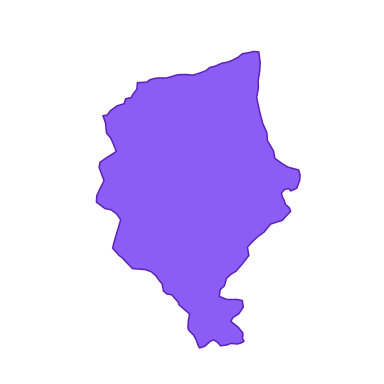 outline of Kivisili, Larnaca, Cyprus, rotated 12°
{"feature_id": "46923920B59918877113180", "entity_name": "Kivisili", "entity_type": "district", "adm_level": 2, "iso_a3": "CYP", "parent_name": "Cyprus", "parent_adm1": "Larnaca", "projection": "mercator", "projection_center": [33.515, 34.826], "detail": "fine", "context": "isolated", "style": "filled", "palette": "violet", "viewbox_px": 384, "rotation_deg": 12, "n_neighbors": 0, "source": "geoboundaries", "source_scale": "gbopen_adm2", "svg_char_len": 1859}
<svg xmlns="http://www.w3.org/2000/svg" viewBox="0 0 384 384"><g transform="rotate(12 192 192)"><path d="M228.2,41.1L227.9,41.2L223.1,41.7L219.0,43.7L212.5,46.3L209.4,50.3L204.0,54.8L199.8,57.6L194.4,59.8L188.5,64.1L183.5,66.5L180.3,70.5L174.5,74.2L168.7,77.5L161.7,78.3L153.7,80.2L149.9,82.3L143.3,85.8L135.9,87.3L131.5,88.8L127.3,91.1L125.0,93.9L115.9,96.4L116.7,102.9L113.7,109.1L113.0,112.2L107.7,114.6L107.2,119.8L100.9,123.2L95.3,129.4L93.0,134.4L89.1,135.9L93.2,142.8L96.1,152.1L101.2,156.1L104.5,160.5L109.5,168.0L106.7,170.9L102.3,175.2L102.1,175.4L95.8,182.0L96.0,187.3L103.6,199.2L100.8,210.1L99.6,215.4L100.2,219.2L100.6,221.8L110.4,226.3L116.7,226.3L122.8,229.1L128.0,234.0L127.4,242.3L126.6,251.4L126.1,258.5L126.1,263.5L133.7,269.1L137.6,271.0L140.8,273.3L149.8,279.3L162.4,277.6L168.9,278.5L174.4,281.7L179.2,286.1L181.8,287.9L184.7,294.8L188.6,297.0L193.9,296.8L196.7,299.2L201.7,302.8L202.5,304.9L215.1,311.9L215.1,317.7L216.2,325.3L217.2,327.6L223.3,331.7L226.6,335.4L230.3,341.4L231.9,342.9L236.4,340.4L241.3,333.8L244.0,332.2L248.0,333.6L251.9,336.5L253.3,336.0L258.5,334.1L261.4,332.0L267.9,331.3L271.0,329.7L273.6,327.6L273.8,327.0L271.9,324.9L271.2,319.6L265.6,314.8L257.0,310.5L258.0,306.4L263.1,301.4L266.1,294.0L263.8,287.7L258.5,287.7L248.5,289.9L240.4,288.4L239.9,281.6L243.2,277.0L243.7,269.4L247.2,264.3L251.5,260.3L256.0,252.2L260.8,242.3L257.7,234.3L260.5,229.6L265.2,222.5L270.8,216.3L275.5,207.1L286.3,200.9L287.9,198.0L290.4,193.9L292.5,190.5L290.7,187.4L286.0,184.7L283.9,181.0L281.8,178.5L279.7,174.6L282.0,170.3L285.7,168.5L288.4,170.4L293.7,166.5L294.9,158.1L294.2,152.9L291.7,148.3L280.7,147.7L275.8,146.1L266.1,141.9L263.2,134.9L255.1,126.1L252.9,118.3L246.9,110.2L241.7,99.8L235.6,86.1L235.3,76.3L233.6,69.4L233.1,59.5L232.9,58.2L231.8,51.2L228.2,41.1Z" fill="#8b5cf6" stroke="#5b21b6" stroke-width="1.5"/></g></svg>